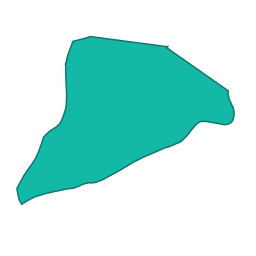 Grande Riviere/Morne Elwin, Gros Islet, Saint Lucia, rotated 6°
{"feature_id": "8701671B886545295565", "entity_name": "Grande Riviere/Morne Elwin", "entity_type": "district", "adm_level": 2, "iso_a3": "LCA", "parent_name": "Saint Lucia", "parent_adm1": "Gros Islet", "projection": "equal_earth", "projection_center": [-60.956, 14.029], "detail": "fine", "context": "isolated", "style": "filled", "palette": "teal", "viewbox_px": 256, "rotation_deg": 6, "n_neighbors": 0, "source": "geoboundaries", "source_scale": "gbopen_adm2", "svg_char_len": 1365}
<svg xmlns="http://www.w3.org/2000/svg" viewBox="0 0 256 256"><g transform="rotate(6 128 128)"><path d="M159.0,42.8L158.1,43.1L80.6,41.0L78.7,42.2L64.2,47.6L61.6,57.6L60.6,61.7L60.1,64.2L59.9,67.4L59.1,71.2L59.7,72.9L59.8,75.4L60.5,81.0L61.0,84.4L61.6,89.0L62.3,93.4L63.1,98.5L63.6,102.1L63.8,105.9L64.1,109.5L64.2,112.2L64.1,115.1L63.2,119.4L62.3,123.5L61.0,127.7L59.9,130.4L57.0,134.1L53.8,136.7L51.0,138.8L49.1,140.8L46.8,143.7L45.3,145.4L44.3,148.9L43.7,152.4L43.0,155.1L42.0,159.2L41.5,161.0L40.6,164.1L38.8,169.0L36.6,173.2L33.4,178.8L29.7,185.6L28.0,189.7L23.9,199.5L24.5,202.4L27.2,210.7L30.3,215.0L34.5,211.6L39.8,207.9L43.2,205.8L49.0,203.5L53.3,201.6L58.3,200.0L61.3,198.9L65.1,197.8L74.2,194.8L79.1,193.8L81.7,192.8L84.6,191.3L88.3,189.1L90.6,188.0L94.4,186.6L98.6,186.3L102.0,185.3L104.0,184.1L107.6,182.5L112.5,179.1L118.9,174.7L126.0,169.7L136.9,161.4L146.3,155.4L159.5,148.0L166.3,144.1L171.1,142.2L173.6,140.8L176.4,139.2L178.0,138.3L180.3,137.1L181.8,136.1L184.0,133.7L186.9,130.2L189.0,127.0L190.1,125.2L191.8,122.5L194.5,118.6L196.6,116.0L199.2,114.1L201.5,113.6L204.7,113.3L218.8,114.2L223.4,114.7L227.4,113.6L230.1,111.7L231.3,109.6L232.1,106.0L232.0,103.9L231.8,101.0L231.1,98.4L230.0,95.9L228.7,94.3L227.1,91.2L225.8,89.2L224.5,85.4L223.8,83.0L223.8,80.6L158.5,44.4L159.0,42.8Z" fill="#14b8a6" stroke="#0f766e" stroke-width="1.5"/></g></svg>